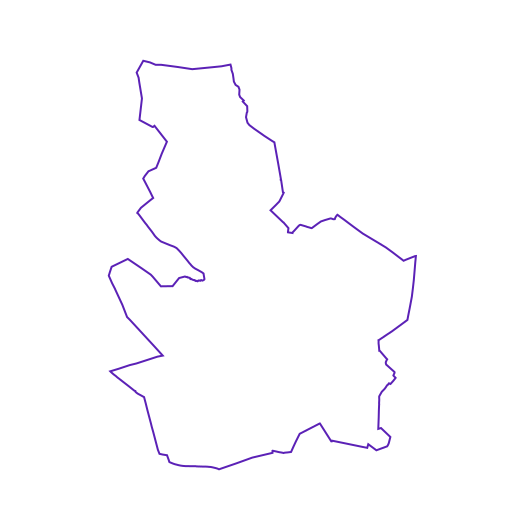 Zilākalna pag., Kocenu, Latvia, rotated 353°
{"feature_id": "27541924B75578071059761", "entity_name": "Zilākalna pag.", "entity_type": "district", "adm_level": 2, "iso_a3": "LVA", "parent_name": "Latvia", "parent_adm1": "Kocenu", "projection": "mercator", "projection_center": [25.176, 57.583], "detail": "fine", "context": "isolated", "style": "outline", "palette": "violet", "viewbox_px": 512, "rotation_deg": 353, "n_neighbors": 0, "source": "geoboundaries", "source_scale": "gbopen_adm2", "svg_char_len": 5274}
<svg xmlns="http://www.w3.org/2000/svg" viewBox="0 0 512 512"><g transform="rotate(353 256 256)"><path d="M179.7,54.0L174.3,50.9L167.9,48.5L159.9,59.4L161.2,64.7L161.3,69.3L162.0,85.7L156.9,106.8L169.0,115.3L169.5,115.4L171.1,114.4L181.5,131.7L174.9,143.0L170.5,151.3L167.7,156.3L159.6,158.8L155.5,162.9L153.5,165.4L154.9,169.1L158.8,179.6L160.3,184.0L161.0,185.9L158.1,187.6L147.7,194.1L143.6,198.4L143.4,198.8L144.3,199.8L145.5,201.8L148.1,206.4L150.0,209.7L151.4,211.9L152.3,213.6L155.6,219.1L156.9,221.5L158.0,223.6L159.1,225.2L160.3,226.7L161.6,228.1L162.0,228.6L163.6,230.1L171.6,234.6L175.3,236.5L176.3,237.1L177.6,238.1L178.0,238.3L178.8,239.3L180.4,241.4L182.2,244.0L184.1,247.1L187.6,252.6L188.9,254.8L189.9,256.2L190.9,257.8L191.6,258.6L192.2,259.4L193.0,260.1L194.1,261.1L197.0,263.1L198.2,264.0L199.3,264.8L200.7,265.9L201.8,267.0L201.8,267.7L202.0,272.3L202.0,272.7L201.9,272.9L201.6,273.2L201.4,273.3L200.9,273.6L200.4,273.7L200.1,273.8L199.9,273.9L199.6,273.8L199.4,273.7L199.2,273.6L199.0,273.4L198.8,273.3L198.7,273.4L198.3,273.3L198.1,273.4L198.0,273.5L197.9,273.7L197.8,273.8L197.6,273.8L197.5,273.7L197.4,273.6L197.1,273.6L196.9,273.5L196.8,273.4L196.6,273.4L196.3,273.3L196.1,273.3L195.9,273.3L195.7,273.4L195.6,273.6L195.4,273.8L195.0,274.0L194.5,273.8L194.1,273.5L193.7,273.4L193.3,273.5L193.1,273.4L192.8,273.3L192.2,272.4L191.7,272.4L191.2,272.3L190.6,272.0L190.2,271.8L189.7,271.5L189.1,270.9L188.8,270.8L188.6,270.9L188.4,271.0L188.1,270.9L187.9,270.3L187.6,269.6L186.9,269.4L186.5,269.3L186.1,269.0L185.9,268.9L185.6,269.0L185.4,268.9L185.1,268.5L184.9,268.3L184.3,268.4L184.1,268.3L183.6,268.1L183.0,267.7L177.0,268.5L173.7,271.7L169.5,275.8L169.0,275.7L157.9,274.5L156.6,272.5L156.5,272.4L155.6,271.0L151.0,264.0L149.3,261.7L140.9,254.2L128.4,243.3L111.4,249.1L108.9,254.4L108.8,254.6L108.7,254.9L107.5,257.5L107.6,258.0L109.8,265.3L109.9,265.6L112.0,271.3L112.2,271.9L112.2,272.1L117.4,288.2L120.6,300.9L121.1,301.5L122.9,303.8L144.3,333.6L151.3,343.5L145.9,343.9L124.2,348.1L117.4,348.9L105.9,351.2L97.3,352.7L97.9,353.5L99.4,355.2L100.6,356.5L102.2,358.0L103.4,359.4L114.1,370.0L119.0,375.0L119.8,375.3L119.9,376.2L120.6,377.0L121.1,377.5L121.3,377.7L122.1,378.4L124.8,380.3L127.4,382.2L127.7,382.4L128.6,388.9L129.4,395.5L131.3,409.3L131.7,412.7L132.6,418.6L135.0,436.4L136.1,440.6L136.4,440.7L139.2,441.7L143.4,442.9L144.4,447.3L144.5,447.7L144.8,449.5L144.9,449.9L145.8,450.5L147.6,451.5L148.7,452.1L150.4,452.9L152.0,453.5L153.2,454.0L155.5,454.8L157.7,455.4L160.6,456.0L170.5,457.3L171.5,457.6L177.3,458.5L179.6,458.8L181.6,459.1L183.4,459.5L185.4,459.9L187.2,460.5L189.1,461.2L190.4,461.7L192.0,462.4L192.9,463.0L193.3,463.2L211.3,459.4L227.5,455.7L228.2,455.6L229.1,455.5L248.4,453.4L248.6,451.6L248.6,451.4L248.8,451.3L253.1,452.8L253.6,453.0L255.3,453.6L257.1,454.1L258.9,454.7L259.3,454.9L260.5,454.7L263.4,454.8L266.3,454.8L266.9,454.8L267.1,454.5L270.0,449.7L273.0,444.9L277.7,437.8L298.8,430.0L299.0,430.0L308.1,449.1L308.7,449.2L309.1,448.6L309.4,448.7L343.0,460.0L344.5,456.5L351.8,463.5L363.0,460.9L364.1,459.5L365.0,457.9L367.3,452.0L359.1,442.0L356.3,442.5L358.1,431.3L359.1,424.5L360.1,418.4L360.2,418.2L360.2,417.2L360.8,413.8L361.1,410.7L361.2,410.4L361.4,410.0L363.7,406.9L364.3,406.1L364.9,405.6L367.3,403.7L368.4,402.6L369.1,401.8L369.4,401.4L370.3,400.4L371.0,399.8L371.6,399.4L371.8,399.5L372.5,398.6L373.6,399.2L373.9,399.4L377.1,396.6L379.7,394.0L377.8,391.4L378.1,390.8L379.3,388.8L379.3,388.0L372.6,380.3L372.1,379.8L372.0,379.5L371.9,379.2L371.8,378.7L371.8,378.4L371.8,378.2L371.8,377.8L371.8,377.7L371.9,377.4L371.9,377.2L372.0,377.0L372.1,376.8L372.2,376.6L372.3,376.5L372.5,376.1L372.9,375.5L373.1,375.1L373.6,374.5L372.5,373.0L367.2,365.0L366.8,365.0L366.9,363.3L367.0,359.7L367.0,357.7L367.2,356.2L367.3,355.4L367.3,354.5L367.7,354.4L375.8,350.3L382.0,347.2L398.5,337.9L399.7,334.1L402.1,326.8L405.7,315.5L407.9,306.7L409.7,299.1L411.5,290.5L413.3,281.8L414.7,275.5L414.3,275.5L413.8,275.5L413.5,275.6L410.3,276.4L404.2,278.0L401.9,278.7L401.4,278.2L399.9,276.7L397.1,274.0L396.4,273.3L392.0,269.0L385.9,263.3L377.9,257.0L371.6,252.1L365.2,247.1L364.9,246.9L356.7,239.2L351.9,234.6L348.2,231.0L344.4,227.5L342.3,225.4L341.8,225.0L340.4,226.3L339.3,227.7L338.9,228.7L338.7,229.0L338.2,229.0L337.2,228.9L336.3,228.5L335.6,228.1L335.0,227.9L334.4,227.8L330.3,228.5L328.5,228.8L328.1,228.9L324.7,229.6L323.6,230.2L320.6,231.8L315.0,235.0L314.7,235.1L314.4,235.1L311.7,233.9L310.6,233.5L309.1,232.7L304.0,230.5L303.6,230.5L302.9,230.7L302.2,231.2L302.0,231.3L297.0,235.6L294.9,237.3L294.9,237.6L290.6,236.4L290.6,236.2L291.6,232.3L287.7,226.5L287.5,226.1L287.1,225.9L276.0,212.4L282.1,207.7L283.7,206.4L285.6,204.9L286.3,204.0L290.9,197.1L291.2,196.5L290.5,196.0L290.3,187.9L290.2,184.0L289.8,183.6L289.8,183.2L290.1,182.9L289.9,178.8L289.3,167.1L288.7,156.5L288.2,147.7L288.1,145.4L286.4,144.1L282.6,140.9L278.8,137.7L277.7,136.7L269.8,129.6L265.4,125.3L263.8,122.7L263.0,117.0L264.3,112.7L264.9,111.9L265.1,110.9L265.5,106.2L261.7,101.1L262.8,100.2L259.6,96.3L259.0,93.8L259.9,88.9L259.2,85.9L256.6,83.7L255.3,80.2L255.3,77.4L255.2,72.4L254.3,68.3L254.5,66.5L254.0,62.9L250.8,63.1L244.9,63.5L235.6,63.3L215.5,62.8L201.5,58.9L185.3,54.7L179.7,54.0Z" fill="none" stroke="#5b21b6" stroke-width="2"/></g></svg>